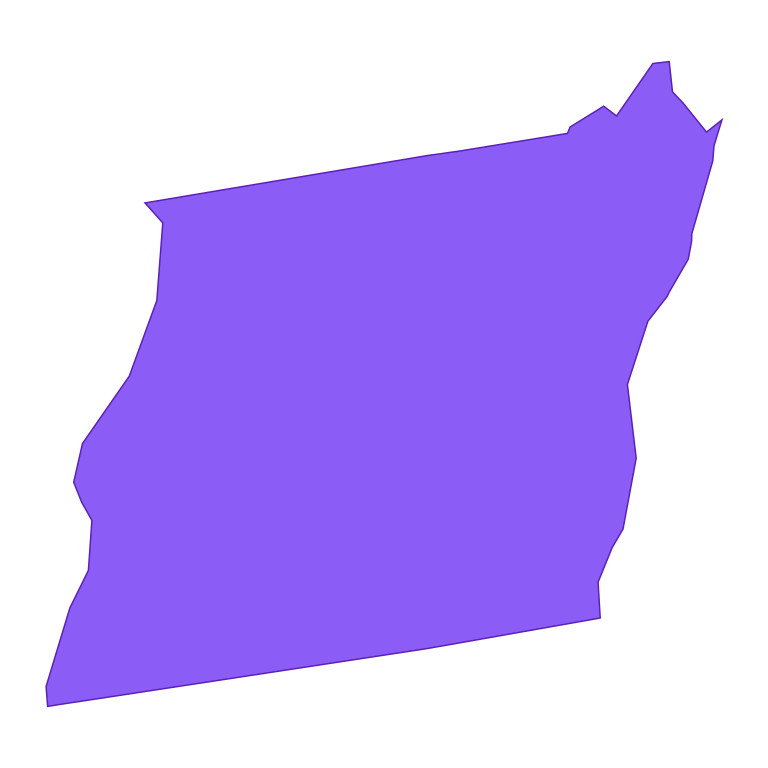 the district of Albany, New York, United States of America
{"feature_id": "52423323B67077901806593", "entity_name": "Albany", "entity_type": "district", "adm_level": 2, "iso_a3": "USA", "parent_name": "United States of America", "parent_adm1": "New York", "projection": "albers", "projection_center": [-73.917, 42.614], "detail": "fine", "context": "isolated", "style": "filled", "palette": "violet", "viewbox_px": 768, "rotation_deg": 0, "n_neighbors": 0, "source": "geoboundaries", "source_scale": "gbopen_adm2", "svg_char_len": 636}
<svg xmlns="http://www.w3.org/2000/svg" viewBox="0 0 768 768"><path d="M145.0,202.9L162.8,222.9L156.8,300.6L129.3,376.1L82.5,443.5L73.7,482.3L81.8,502.5L91.9,520.4L88.4,570.4L69.9,607.9L46.1,686.5L47.6,706.4L58.2,704.7L428.1,648.4L600.2,618.0L598.1,582.1L612.2,547.5L623.0,529.1L636.2,458.2L627.4,384.5L627.6,383.9L647.9,321.2L667.1,296.5L669.1,292.3L688.3,259.1L691.6,241.2L691.8,233.8L712.8,160.9L714.0,145.8L721.9,119.9L706.5,132.1L683.1,103.1L672.5,91.9L669.2,61.6L652.9,63.5L616.5,116.0L603.7,106.2L570.1,127.0L567.5,133.4L458.5,151.2L427.6,155.5L229.6,188.7L145.0,202.9Z" fill="#8b5cf6" stroke="#5b21b6" stroke-width="1.5"/></svg>